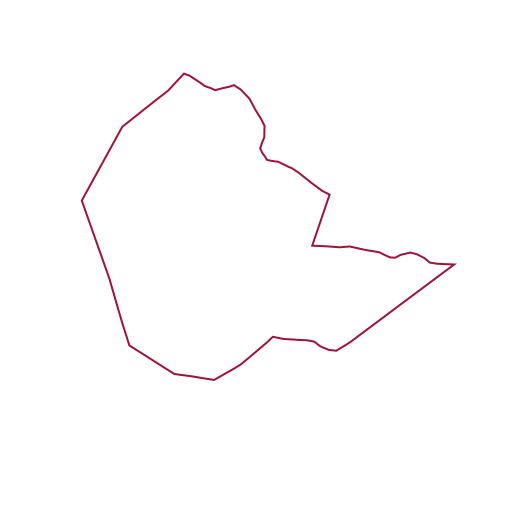 outline of La Treille, Anse-la-Raye, Saint Lucia, rotated 117°
{"feature_id": "8701671B33386018665106", "entity_name": "La Treille", "entity_type": "district", "adm_level": 2, "iso_a3": "LCA", "parent_name": "Saint Lucia", "parent_adm1": "Anse-la-Raye", "projection": "robinson", "projection_center": [-60.998, 13.941], "detail": "fine", "context": "isolated", "style": "outline", "palette": "rose", "viewbox_px": 512, "rotation_deg": 117, "n_neighbors": 0, "source": "geoboundaries", "source_scale": "gbopen_adm2", "svg_char_len": 1362}
<svg xmlns="http://www.w3.org/2000/svg" viewBox="0 0 512 512"><g transform="rotate(117 256 256)"><path d="M167.9,218.3L167.9,226.6L165.8,239.3L164.4,246.1L162.3,256.7L161.5,264.0L161.8,267.8L162.0,279.3L163.3,282.6L165.0,288.2L165.3,290.2L163.6,292.6L161.1,297.5L158.0,301.3L156.2,301.3L153.6,301.9L146.4,302.5L141.0,305.2L136.1,307.5L131.4,314.0L126.2,322.6L118.7,333.5L114.6,345.3L113.8,353.3L116.9,356.2L121.8,362.1L126.8,367.7L127.0,372.5L127.8,379.0L126.8,385.1L125.5,397.2L125.8,399.3L126.2,403.0L126.9,403.2L134.5,405.4L147.5,409.1L148.8,409.5L164.1,416.7L201.6,433.8L285.7,436.4L342.9,376.2L366.4,354.2L377.5,343.7L393.2,328.2L398.2,275.3L396.5,270.2L392.7,259.6L385.5,237.1L365.6,224.0L359.3,220.2L341.7,212.7L328.2,207.1L320.3,204.3L318.2,196.5L317.8,195.4L317.5,194.1L317.3,193.4L316.0,190.6L313.2,184.2L312.4,182.2L310.2,177.2L309.2,175.1L307.8,171.9L307.2,169.6L306.4,167.7L306.2,166.3L305.9,164.8L306.3,162.9L306.9,159.9L307.2,157.9L307.2,155.6L306.8,151.0L306.5,148.0L304.9,144.1L304.0,141.5L302.9,140.8L297.8,137.7L294.7,135.7L293.6,135.1L289.1,132.5L238.0,107.4L173.6,75.6L176.5,81.9L180.6,90.9L183.0,98.3L181.4,105.1L181.4,113.4L182.9,120.1L189.4,127.7L194.4,131.3L196.4,136.0L196.7,142.3L196.7,147.9L200.9,161.1L205.0,176.9L210.3,185.5L215.1,197.0L219.6,206.9L221.3,210.6L167.9,218.3Z" fill="none" stroke="#9f1239" stroke-width="2"/></g></svg>